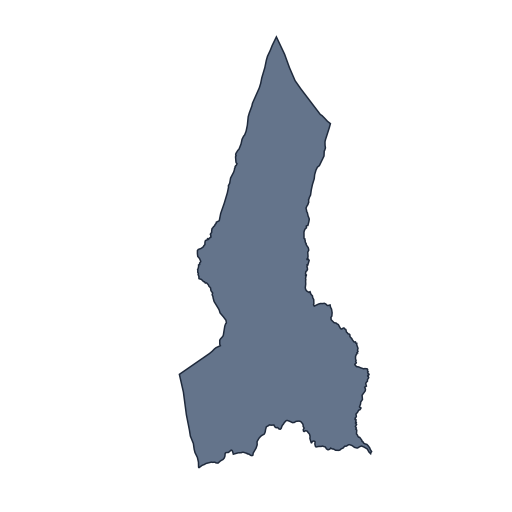 the district of Hai, Kilimanjaro, United Republic of Tanzania, rotated 351°
{"feature_id": "72390352B77483544974211", "entity_name": "Hai", "entity_type": "district", "adm_level": 2, "iso_a3": "TZA", "parent_name": "United Republic of Tanzania", "parent_adm1": "Kilimanjaro", "projection": "robinson", "projection_center": [37.242, -3.24], "detail": "fine", "context": "isolated", "style": "filled", "palette": "slate", "viewbox_px": 512, "rotation_deg": 351, "n_neighbors": 0, "source": "geoboundaries", "source_scale": "gbopen_adm2", "svg_char_len": 6158}
<svg xmlns="http://www.w3.org/2000/svg" viewBox="0 0 512 512"><g transform="rotate(351 256 256)"><path d="M166.3,456.6L166.3,456.3L170.1,454.3L172.5,453.8L174.1,453.1L179.8,452.6L180.7,453.0L183.1,453.2L184.1,454.1L186.1,454.6L188.9,452.8L191.6,451.8L193.1,450.5L194.0,448.8L194.6,446.3L195.1,445.7L195.8,445.5L198.1,445.7L201.1,443.8L201.8,444.2L202.3,445.4L202.6,448.2L207.7,447.6L210.7,448.0L211.6,447.7L212.9,447.9L216.7,449.8L216.6,450.1L218.4,450.8L219.2,451.8L220.2,452.4L221.3,452.5L221.8,452.2L222.4,450.2L226.0,445.8L227.6,442.7L228.0,439.6L228.4,439.0L230.5,436.4L232.5,434.8L234.0,434.0L236.1,433.3L236.6,432.8L237.6,431.1L238.3,428.9L239.5,426.3L242.1,425.4L242.7,424.9L244.6,425.5L247.2,425.7L247.6,426.9L248.3,428.3L249.2,428.8L250.5,428.8L251.7,430.5L252.9,430.9L253.8,430.3L255.4,427.5L256.8,426.3L257.8,425.1L259.8,423.5L260.9,423.2L263.4,424.5L266.0,426.3L267.8,426.4L269.6,425.6L272.1,425.7L273.6,426.1L274.6,426.9L275.9,429.2L276.1,430.3L275.9,431.7L276.5,433.1L276.5,433.7L275.5,434.8L275.5,436.3L275.7,436.7L276.2,436.9L277.3,436.4L277.9,436.4L279.4,437.2L279.7,438.3L280.8,439.9L281.0,440.6L281.2,442.5L280.7,444.7L281.3,449.0L281.7,449.2L282.7,448.0L283.5,447.8L284.2,447.8L285.1,448.4L285.3,449.0L284.7,450.9L284.9,453.3L285.2,453.8L285.6,454.0L288.2,453.9L290.6,454.3L291.8,454.1L294.6,455.5L295.4,457.5L296.8,458.7L298.6,458.4L299.7,457.4L301.1,458.5L302.4,458.8L304.2,460.3L307.2,460.9L308.5,460.8L310.0,459.8L312.2,459.2L313.7,457.8L315.6,457.9L317.9,456.9L319.0,457.0L321.3,458.3L323.3,460.4L325.6,461.4L326.4,461.5L328.7,460.5L330.6,460.2L332.8,461.6L335.7,464.0L336.9,467.3L338.3,469.2L338.8,468.0L339.6,467.3L338.6,464.9L338.3,463.3L337.1,461.0L336.0,459.4L334.4,458.7L333.0,457.6L332.7,456.4L331.8,455.8L331.8,454.8L330.2,451.6L329.9,451.2L329.1,451.1L328.5,450.2L328.2,448.8L327.4,447.4L328.3,443.7L327.5,442.6L328.2,441.6L327.5,439.8L329.0,438.2L328.9,437.9L328.2,437.1L329.1,436.2L329.0,435.9L328.4,435.7L329.2,433.5L329.1,433.2L328.4,433.1L328.3,432.8L328.7,431.4L329.4,431.0L330.0,430.2L330.0,427.8L331.9,426.2L333.2,424.4L334.6,424.1L335.8,422.8L335.8,422.2L334.7,421.6L334.6,421.1L336.1,418.6L336.6,416.6L338.7,414.4L339.0,410.1L342.8,406.3L343.3,404.7L342.8,402.6L344.7,401.8L344.4,399.2L345.2,398.0L346.5,397.1L346.7,395.6L348.3,393.8L348.1,392.7L347.7,392.5L347.5,391.9L348.0,391.2L348.4,391.0L348.7,391.2L349.1,390.9L349.1,390.3L348.3,389.5L348.0,388.7L348.3,388.1L348.7,387.9L348.2,387.0L348.5,385.5L348.1,384.8L345.9,384.2L344.7,384.3L341.7,382.7L340.0,381.6L338.0,381.0L336.6,378.8L336.7,378.3L338.0,377.6L338.4,377.0L337.9,375.8L338.5,374.8L338.2,373.3L338.6,370.8L339.6,369.1L340.4,368.4L340.6,367.5L340.9,367.5L340.7,367.2L341.8,366.2L341.5,364.9L342.3,363.1L341.6,359.5L341.9,358.0L340.9,357.6L340.8,356.4L339.5,356.3L339.0,355.6L337.9,353.5L337.8,352.7L336.2,350.4L336.4,348.5L336.0,347.8L334.7,347.2L334.2,346.1L333.5,345.4L333.2,342.6L332.3,342.0L331.9,341.1L331.5,340.8L330.7,340.9L329.3,341.5L328.6,341.4L327.8,340.1L326.6,336.6L325.5,335.8L324.7,334.8L322.7,334.1L320.4,330.9L320.2,330.3L320.4,329.4L320.3,328.5L321.5,327.2L322.3,324.0L322.3,320.3L321.6,318.2L321.5,315.9L319.2,316.2L318.6,315.9L317.4,314.3L316.1,313.4L314.2,313.4L312.4,313.0L310.4,313.2L305.7,314.6L305.2,313.2L305.7,312.1L306.2,308.1L305.5,306.1L305.5,304.2L304.3,302.4L303.8,299.7L303.4,299.8L303.2,300.3L302.8,300.4L300.5,298.4L299.8,296.7L299.7,295.0L300.7,291.6L301.1,288.2L301.5,287.3L301.4,285.9L302.1,284.1L301.9,283.0L302.1,282.6L302.7,282.9L302.8,282.6L302.2,281.7L302.2,280.9L302.9,279.1L304.1,278.4L304.2,277.8L304.7,277.5L304.9,275.9L304.6,274.7L305.0,273.8L305.0,272.7L305.4,272.6L305.8,272.9L307.8,268.7L307.3,267.4L306.0,267.6L305.8,267.1L306.9,265.8L307.3,264.6L307.7,260.3L309.0,258.5L309.0,257.2L308.8,255.6L308.3,254.9L307.3,252.4L307.5,251.5L307.0,250.6L306.8,249.3L307.0,248.7L306.8,247.3L307.0,246.9L306.4,246.5L306.2,245.9L307.1,239.9L307.6,238.8L308.5,237.2L310.3,236.0L310.2,235.1L310.5,234.1L312.0,234.0L313.6,230.3L314.3,228.2L314.3,227.1L313.7,224.6L313.5,221.3L312.9,219.7L313.1,219.1L312.9,216.5L313.9,214.9L315.0,213.7L315.8,212.5L315.8,212.0L316.4,211.5L316.7,209.5L316.7,208.5L317.2,208.1L317.8,206.6L319.4,204.4L321.0,199.2L322.9,194.3L325.6,188.8L326.7,184.7L328.7,180.5L330.6,177.8L332.2,177.0L332.9,176.4L338.8,167.9L339.8,163.0L340.4,162.3L341.5,160.1L341.5,157.6L342.0,154.0L342.8,152.0L348.4,140.9L350.2,136.9L347.7,134.2L345.3,130.6L343.2,127.7L341.6,126.2L326.4,97.9L322.0,88.9L318.5,75.2L315.8,61.2L310.4,42.8L305.0,50.5L302.4,54.9L298.6,60.5L296.9,64.1L294.2,71.3L289.6,80.9L287.6,86.3L285.6,90.4L276.4,104.6L275.4,107.2L271.7,113.8L270.1,117.2L267.9,125.5L265.7,131.3L263.7,134.7L262.5,135.7L260.5,138.5L258.8,142.9L256.0,147.7L254.5,148.9L252.2,151.6L251.7,153.0L252.0,153.8L251.3,154.8L250.9,160.1L251.0,160.8L251.7,161.8L250.6,163.6L250.1,163.6L249.7,164.0L249.3,164.5L249.3,165.3L248.6,166.0L248.2,167.4L247.1,169.6L243.1,175.0L241.4,180.0L239.7,182.3L239.6,183.8L237.6,189.1L232.9,198.9L227.8,208.4L225.3,215.2L225.0,215.5L222.1,216.4L221.7,217.6L220.6,218.4L219.7,219.8L218.6,220.4L218.1,221.1L216.9,222.0L216.2,223.9L215.9,225.7L214.4,227.2L214.3,227.6L214.7,228.3L214.4,229.1L214.5,230.2L212.7,231.1L211.7,232.1L211.1,231.3L210.6,231.6L210.2,232.5L208.5,232.8L207.8,234.2L207.3,236.7L206.0,237.8L205.5,238.6L203.1,239.9L200.0,240.5L199.0,241.5L198.5,244.5L198.4,247.3L199.8,249.6L200.6,252.5L200.5,253.0L199.2,254.2L199.0,255.6L197.9,255.8L197.6,257.6L196.8,259.5L196.2,260.2L196.3,261.0L195.9,263.0L196.4,264.0L195.9,265.2L196.4,267.5L196.1,269.1L196.2,269.5L198.4,270.6L200.2,273.1L201.1,273.4L201.7,274.8L202.6,274.7L203.0,274.9L204.4,276.9L204.8,278.5L206.1,280.3L206.1,283.2L207.4,285.8L206.6,287.4L207.1,289.1L207.1,290.9L207.5,294.4L210.6,301.9L211.2,303.6L211.6,306.6L214.3,311.0L216.3,314.8L216.3,317.1L216.2,317.6L215.4,318.2L214.2,320.4L211.3,329.2L210.5,330.3L208.0,332.3L207.0,333.5L206.4,337.5L206.8,339.0L202.2,340.3L200.4,341.3L197.9,343.2L194.9,345.0L161.8,360.9L163.0,379.0L162.4,402.0L163.0,417.6L163.0,423.6L164.8,431.4L164.7,437.2L165.0,440.6L166.6,445.8L166.9,450.6L166.3,455.2L166.3,456.6Z" fill="#64748b" stroke="#1e293b" stroke-width="1.5"/></g></svg>